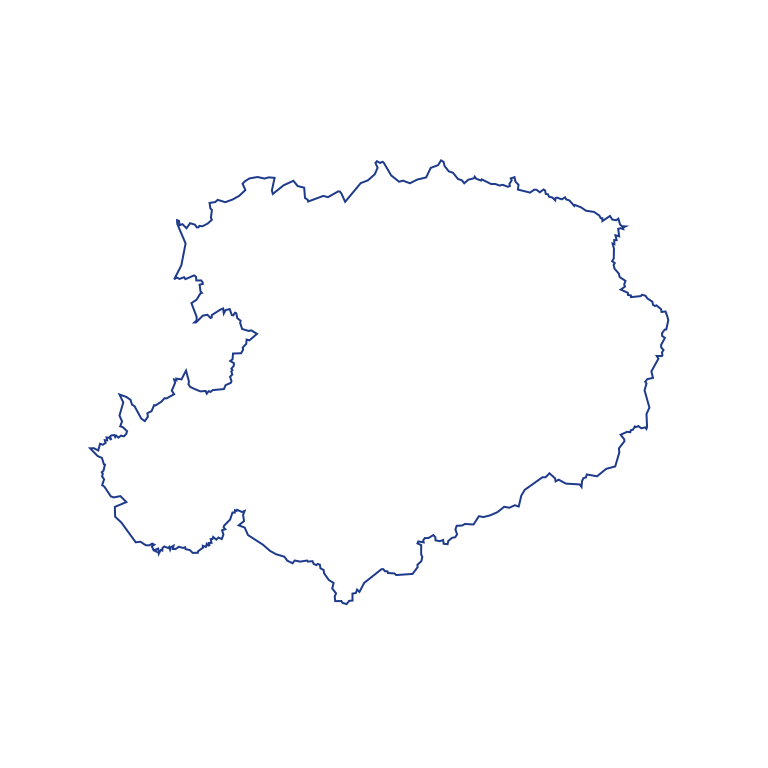 Talpa de Allende, Jalisco, Mexico (Albers equal-area conic projection), rotated 295°
{"feature_id": "50627088B38864018180233", "entity_name": "Talpa de Allende", "entity_type": "district", "adm_level": 2, "iso_a3": "MEX", "parent_name": "Mexico", "parent_adm1": "Jalisco", "projection": "albers", "projection_center": [-105.005, 20.299], "detail": "fine", "context": "isolated", "style": "outline", "palette": "blue", "viewbox_px": 768, "rotation_deg": 295, "n_neighbors": 0, "source": "geoboundaries", "source_scale": "gbopen_adm2", "svg_char_len": 6166}
<svg xmlns="http://www.w3.org/2000/svg" viewBox="0 0 768 768"><g transform="rotate(295 384 384)"><path d="M626.6,414.9L623.9,412.0L622.5,413.7L618.5,413.1L616.5,414.4L615.1,412.9L614.7,407.4L612.7,404.9L612.3,400.3L610.5,396.6L610.8,386.1L609.4,386.0L609.0,380.8L610.3,378.6L608.4,378.5L604.7,374.0L599.8,371.9L601.5,368.6L601.1,364.3L604.6,357.3L604.1,352.8L607.2,346.7L610.5,344.1L610.8,341.2L605.2,340.5L599.6,335.0L589.0,334.9L583.3,327.7L576.9,322.7L576.3,315.2L573.7,312.2L576.1,302.3L584.3,290.5L584.8,288.8L582.7,287.0L582.9,283.4L580.8,282.8L577.3,286.8L570.2,287.0L561.7,283.3L556.2,278.0L532.7,271.8L538.7,264.8L539.8,262.5L539.1,261.0L529.7,254.3L528.8,249.5L517.3,238.1L518.7,237.0L519.2,233.8L528.2,228.7L526.9,222.1L529.9,216.0L521.6,209.0L509.3,202.9L512.0,200.6L524.6,197.7L522.5,192.1L519.7,188.9L518.2,182.0L513.5,175.2L508.8,172.2L505.7,171.2L501.2,176.4L493.3,173.2L487.3,168.9L481.7,163.3L480.6,155.4L477.6,154.2L474.4,149.4L469.8,152.4L468.9,154.5L461.4,156.9L460.0,158.6L454.9,156.4L450.2,152.8L449.3,149.8L447.6,149.7L446.8,148.1L448.5,145.4L447.8,140.3L441.7,139.2L443.7,133.8L441.7,131.8L445.2,129.1L445.0,127.2L441.6,129.1L427.5,144.8L405.8,150.2L390.2,149.6L392.9,151.1L392.8,154.2L396.3,157.7L395.1,159.7L402.2,166.0L401.7,168.3L398.5,170.2L400.6,174.5L399.5,176.6L398.1,177.5L396.1,174.9L390.5,178.5L389.6,180.4L388.8,179.4L381.2,178.5L375.9,175.3L365.7,185.8L362.4,187.3L359.7,186.2L360.5,187.7L369.4,190.9L372.1,194.7L370.5,198.9L371.5,199.7L373.7,198.8L382.0,204.1L384.5,206.3L380.2,209.0L384.0,209.2L386.7,212.5L382.1,217.0L382.4,218.3L385.7,218.9L385.7,220.2L381.7,223.2L380.7,227.3L378.4,227.9L373.9,232.2L374.9,239.1L376.5,240.9L375.8,247.7L366.7,243.6L366.2,240.7L362.1,242.2L357.3,240.5L355.7,241.8L351.5,241.5L347.8,234.3L342.3,236.3L339.9,234.9L339.4,239.2L337.0,240.2L333.4,239.2L332.5,240.8L330.8,240.3L328.5,242.5L325.5,241.4L322.1,244.6L320.2,244.6L316.0,240.9L311.8,241.1L306.1,231.4L303.5,230.1L303.4,228.1L300.3,227.4L302.3,225.3L299.7,220.7L299.4,213.9L299.5,209.5L301.1,206.9L303.8,206.2L312.5,198.9L302.6,198.5L301.1,193.5L299.5,194.3L299.4,191.9L296.7,194.2L288.2,194.5L286.1,198.1L278.9,192.9L278.4,191.1L273.9,189.7L267.9,185.9L267.7,184.6L261.2,184.8L257.5,181.9L254.6,183.8L249.3,182.9L250.1,178.6L258.5,167.2L258.8,164.3L262.5,161.0L263.4,155.9L262.7,148.7L257.1,155.5L243.6,157.6L239.4,162.4L234.2,162.8L234.5,165.5L232.6,171.1L229.9,171.5L226.6,170.4L226.1,167.5L223.2,166.0L224.0,163.1L222.3,162.8L223.8,161.2L222.1,158.6L220.4,157.9L218.1,160.5L219.1,157.6L218.3,155.1L215.9,156.9L215.1,154.7L212.9,156.6L210.1,154.8L209.8,151.9L203.0,153.1L203.2,148.2L201.5,144.8L197.7,154.9L197.8,159.6L192.8,164.1L193.0,165.2L186.9,166.4L184.8,165.5L183.8,167.1L181.2,167.5L179.3,170.6L173.2,171.3L172.7,174.1L166.7,183.9L167.0,187.0L171.0,192.5L168.1,200.4L158.9,192.0L150.1,196.4L147.5,204.4L135.6,225.9L138.1,229.9L137.2,236.3L138.5,239.3L141.4,241.4L141.3,243.7L138.8,242.2L135.9,245.5L135.9,248.2L137.0,246.6L139.4,248.9L135.1,251.6L139.2,251.8L139.4,253.5L141.7,252.5L143.9,253.5L144.1,257.7L145.6,258.2L143.5,260.1L145.9,259.8L148.5,261.6L145.2,262.4L146.3,264.8L149.8,266.9L150.5,271.2L152.0,272.7L150.5,273.9L151.4,278.3L150.1,281.9L152.3,286.6L153.9,286.2L159.1,289.1L160.8,288.2L161.0,291.4L164.2,290.9L163.3,293.1L164.2,293.9L165.9,292.5L167.1,294.8L170.2,292.5L171.2,294.1L173.2,293.8L172.1,297.8L174.9,298.8L174.9,302.5L179.7,302.1L183.0,299.0L185.3,301.5L186.2,299.3L187.9,298.9L196.1,301.8L203.5,301.0L204.3,303.1L206.6,302.3L206.7,304.0L207.9,304.0L208.0,309.5L210.0,311.3L205.8,311.6L200.6,315.1L194.5,312.0L195.0,318.4L189.6,324.6L187.2,342.2L184.6,351.2L184.1,358.2L185.4,366.6L183.0,371.1L182.9,376.9L186.3,377.7L187.6,383.1L191.5,388.9L190.9,390.1L193.2,394.1L191.2,396.3L191.3,399.2L192.9,400.0L193.1,402.3L190.1,404.3L189.9,407.9L187.1,409.7L183.0,416.9L182.4,422.4L176.8,423.5L174.0,429.0L170.4,429.2L166.6,431.6L169.3,437.1L168.1,438.8L168.7,443.1L172.8,444.1L174.4,447.0L180.7,444.0L182.7,446.8L186.3,446.5L185.2,449.6L195.4,450.1L215.1,460.0L215.9,461.6L214.7,464.0L215.7,466.3L214.4,467.5L216.7,473.5L216.0,475.8L223.9,490.1L232.3,491.9L234.3,490.7L239.2,492.7L243.5,491.8L245.2,489.7L253.7,485.8L253.7,481.7L255.8,481.6L257.2,486.9L259.0,485.6L261.6,486.1L263.2,489.4L268.0,492.6L266.7,495.4L264.1,496.7L265.1,501.0L267.6,503.5L264.4,505.6L265.7,509.3L268.9,508.6L273.4,510.7L275.2,513.3L278.6,513.8L282.4,510.2L286.2,509.8L288.8,514.7L291.3,516.4L294.5,524.5L304.3,525.9L305.4,530.3L309.7,535.6L315.8,541.0L323.5,544.8L324.8,549.9L329.4,553.8L329.9,557.9L340.9,555.6L347.6,556.3L366.4,567.0L367.7,569.8L373.0,571.7L370.8,578.9L368.3,580.7L371.1,582.7L370.6,591.0L375.7,603.8L374.2,606.5L379.8,604.5L382.9,604.5L384.7,606.5L387.7,606.0L390.4,616.1L401.0,621.2L407.0,628.4L421.4,626.2L425.0,624.1L433.7,626.1L435.4,625.1L438.0,619.9L443.4,624.5L444.4,627.6L446.4,627.2L447.7,628.9L451.6,629.3L451.4,630.7L453.4,632.2L452.6,635.9L455.1,639.1L454.2,640.8L456.2,640.6L467.7,634.6L474.8,634.5L488.4,622.8L495.4,621.7L496.4,619.8L499.7,620.6L503.2,625.2L508.4,621.0L522.9,622.0L524.7,619.3L526.8,624.1L528.0,624.1L530.0,622.6L533.0,622.9L534.2,619.9L536.4,618.6L544.5,619.1L545.1,615.8L547.6,614.5L551.9,615.4L552.7,616.8L561.9,614.7L564.8,612.4L568.7,608.5L566.6,605.1L568.9,603.5L570.4,597.7L569.2,596.6L569.4,594.4L572.0,592.4L572.8,586.7L574.5,583.7L573.9,580.1L572.2,579.6L567.1,571.1L568.6,570.3L567.8,567.5L569.7,566.5L569.6,558.7L574.1,561.2L575.8,559.6L579.5,559.3L580.5,552.4L583.2,550.3L586.0,544.1L589.0,541.8L591.1,542.0L591.7,538.9L594.8,539.2L603.7,535.3L607.9,531.8L608.1,533.7L611.7,531.8L612.7,534.0L616.6,530.9L617.2,534.7L623.6,530.7L625.2,532.6L625.5,535.4L626.6,534.5L628.9,536.3L627.6,533.0L628.3,530.6L632.9,526.5L630.6,525.3L629.5,521.4L631.8,517.8L624.0,513.1L626.5,511.8L625.9,510.3L627.7,507.9L628.7,501.6L626.4,493.7L627.4,488.0L626.9,481.3L625.8,481.2L628.7,474.4L628.3,471.1L629.7,469.2L626.5,467.1L626.0,461.9L625.0,460.9L622.8,461.6L624.2,457.7L623.5,454.5L625.2,452.4L624.6,450.3L627.5,448.2L627.7,446.4L623.6,444.2L624.5,440.2L623.6,438.0L619.2,435.5L616.8,423.2L621.4,421.7L623.0,417.6L626.6,414.9Z" fill="none" stroke="#1e3a8a" stroke-width="2"/></g></svg>